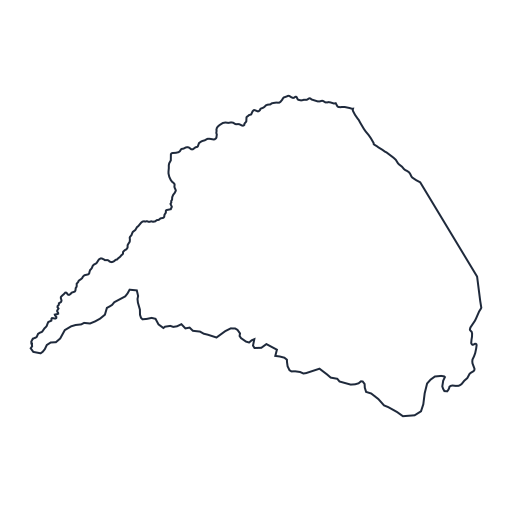 outline of Birao, Vakaga, Central African Republic
{"feature_id": "33826404B56670707739048", "entity_name": "Birao", "entity_type": "district", "adm_level": 2, "iso_a3": "CAF", "parent_name": "Central African Republic", "parent_adm1": "Vakaga", "projection": "mercator", "projection_center": [22.276, 9.995], "detail": "fine", "context": "isolated", "style": "outline", "palette": "slate", "viewbox_px": 512, "rotation_deg": 0, "n_neighbors": 0, "source": "geoboundaries", "source_scale": "gbopen_adm2", "svg_char_len": 6000}
<svg xmlns="http://www.w3.org/2000/svg" viewBox="0 0 512 512"><path d="M447.2,391.3L448.2,390.0L449.0,388.5L449.5,386.7L450.7,385.9L452.5,385.5L455.7,385.9L458.6,385.8L460.1,385.1L461.4,384.2L461.9,383.7L464.3,380.7L467.3,378.1L469.6,373.8L470.8,372.8L473.5,371.2L474.0,370.6L474.4,369.9L474.5,368.8L472.5,363.4L472.3,361.5L472.4,360.4L472.5,359.5L474.0,356.4L475.2,353.1L476.2,348.3L476.6,345.2L476.4,344.3L475.8,343.8L474.9,343.8L473.5,344.6L472.6,344.8L471.9,344.4L471.5,343.7L471.2,343.0L471.5,339.7L472.0,336.7L472.1,333.6L471.7,331.9L470.1,330.2L469.9,329.4L470.4,327.5L474.9,320.8L476.0,318.6L479.1,311.5L480.8,308.8L481.3,307.7L480.2,300.9L477.1,276.6L420.2,182.3L416.2,180.2L412.2,177.5L411.7,176.9L410.9,175.5L410.6,174.7L409.8,173.3L408.8,172.1L406.8,170.8L405.3,170.1L404.0,169.1L402.0,166.7L398.9,164.3L397.9,163.2L395.8,159.8L393.5,157.7L386.5,152.4L385.0,151.7L382.4,149.8L378.3,147.3L377.0,146.3L374.2,144.6L373.7,144.1L373.6,143.0L370.9,138.3L368.6,135.0L365.6,131.4L363.8,128.8L360.2,122.7L358.7,119.9L357.7,118.7L355.0,114.8L353.1,111.2L352.8,110.4L352.8,109.4L353.0,108.7L352.1,108.8L349.5,108.0L344.7,107.0L341.6,107.0L340.7,107.2L338.5,107.0L337.7,106.6L337.2,106.0L335.7,103.2L334.9,103.4L333.9,103.5L330.4,102.4L328.3,102.1L327.5,102.4L325.4,102.4L323.3,101.1L322.4,100.8L321.4,100.9L319.8,101.4L317.7,101.4L311.6,99.5L310.4,98.5L309.5,98.3L308.7,98.6L307.4,99.5L306.6,99.8L303.7,99.8L302.9,100.1L301.1,100.4L299.2,100.0L298.3,99.8L297.7,99.3L296.6,97.1L295.9,96.7L295.2,96.9L293.9,97.8L293.0,97.9L291.4,97.3L289.4,96.0L288.4,95.8L287.6,96.0L286.9,96.4L283.7,97.5L282.7,98.7L282.4,99.5L280.4,101.9L279.1,102.7L276.1,102.6L273.3,103.0L271.6,103.4L270.4,104.4L267.6,104.7L266.0,105.3L264.3,107.0L263.0,107.8L260.7,108.7L260.2,109.3L259.9,110.2L258.7,111.2L257.9,111.4L254.6,110.1L253.7,110.2L252.6,111.3L251.2,114.4L248.8,115.2L248.3,115.8L247.0,116.7L246.5,117.3L246.3,121.3L245.9,122.0L244.8,123.2L244.4,123.9L244.3,124.9L243.7,125.4L242.9,125.7L241.9,125.5L239.7,124.4L238.8,124.1L236.0,124.2L235.2,124.0L233.1,122.7L231.1,122.4L228.4,122.9L225.4,122.5L222.8,123.0L219.5,125.1L217.7,126.7L216.8,128.1L216.4,129.9L216.6,130.8L216.3,132.9L216.8,134.6L216.4,137.6L216.0,138.3L214.7,139.3L213.8,139.5L209.7,138.8L207.7,138.8L206.9,139.1L204.8,140.3L202.3,141.0L200.9,141.7L199.0,143.1L197.8,146.4L197.2,146.9L195.5,147.3L193.0,149.2L192.1,149.4L191.1,149.2L189.2,147.7L188.5,147.4L187.5,147.2L186.6,147.3L185.7,147.5L183.6,148.6L181.8,148.9L181.1,149.3L179.8,151.3L178.5,152.2L175.9,152.8L172.9,153.0L172.1,153.1L171.4,153.5L170.9,154.2L170.8,160.4L169.2,163.3L168.8,165.2L168.8,168.2L168.5,171.5L168.5,173.5L169.3,176.9L170.7,179.9L172.1,181.8L173.3,182.7L174.4,183.9L174.6,184.7L174.4,186.7L174.6,187.6L175.6,189.8L175.8,190.7L174.7,192.9L173.2,194.8L172.2,197.2L172.1,199.3L171.8,200.2L171.3,200.8L171.2,201.6L171.3,202.5L170.5,203.9L171.8,206.8L171.5,207.7L171.0,208.3L170.8,209.2L166.4,210.1L165.9,210.7L165.8,212.7L164.5,214.7L164.2,216.8L163.8,217.4L163.1,217.9L160.5,218.4L158.7,219.9L156.9,220.1L154.9,221.5L153.9,221.5L153.1,221.8L151.3,221.3L149.6,221.8L148.6,221.8L146.9,221.2L145.1,221.6L144.2,221.3L143.3,221.4L142.5,221.6L141.2,222.6L138.2,226.2L137.0,227.1L135.3,230.0L132.8,231.9L132.1,233.4L131.5,235.1L130.0,236.9L129.7,237.7L129.9,239.6L129.7,241.7L129.3,242.4L128.4,243.7L127.6,245.2L127.6,247.3L127.3,248.1L126.3,249.4L124.9,250.1L123.2,251.7L123.0,252.6L123.0,253.6L122.6,254.3L121.3,255.3L120.4,256.5L119.3,257.5L118.6,257.9L116.9,259.6L116.0,259.7L115.3,260.1L114.2,261.1L113.5,261.5L112.2,262.0L111.3,262.1L109.5,261.5L109.0,260.9L107.7,260.1L104.8,260.1L104.2,259.6L101.9,258.5L100.8,258.4L99.4,259.1L98.8,259.6L96.6,263.0L96.0,263.5L93.9,264.6L92.8,265.7L91.8,268.1L90.8,269.4L90.2,269.9L89.6,271.5L89.2,273.3L88.7,274.0L88.1,274.4L84.6,275.2L84.0,275.6L82.9,276.7L82.1,278.2L80.9,279.2L79.0,280.5L78.5,281.1L78.2,282.0L76.7,283.7L76.7,285.7L76.6,286.7L75.7,288.1L75.5,290.1L75.2,291.0L74.7,291.6L71.6,292.7L70.6,293.9L69.3,294.8L68.3,294.8L67.7,294.4L66.8,293.1L66.1,292.6L65.3,292.6L63.7,294.3L62.5,295.3L61.4,296.4L60.9,297.0L60.8,298.0L61.5,300.4L61.3,301.4L60.9,302.1L58.9,303.3L58.9,304.1L58.7,305.0L57.6,306.1L57.5,307.2L58.5,308.5L58.1,309.2L57.2,310.5L57.2,311.5L58.1,312.8L58.2,313.7L57.5,314.1L56.5,314.2L54.8,314.6L55.0,315.3L56.4,317.1L56.2,318.1L55.5,318.5L54.6,318.5L52.7,318.1L51.8,318.2L51.4,319.0L51.5,319.8L51.3,320.7L48.3,322.0L47.6,323.5L46.7,326.0L45.7,327.2L44.5,328.3L42.3,331.5L41.7,332.0L40.1,332.6L38.1,333.8L36.7,336.9L35.4,337.8L34.6,337.9L33.2,338.7L32.8,338.7L31.3,341.6L31.5,342.7L32.0,343.4L32.0,343.7L31.5,343.7L32.0,345.3L32.1,346.3L30.7,348.3L33.3,351.9L40.6,353.3L42.7,351.8L44.8,349.2L46.8,345.0L50.7,342.5L55.9,342.2L60.2,338.5L64.8,330.1L71.2,326.3L75.6,325.0L81.2,324.4L84.1,322.9L90.0,323.5L95.1,321.4L100.0,318.7L104.9,314.7L106.9,307.9L109.7,306.4L112.1,304.9L114.3,302.2L125.2,296.4L127.5,293.5L129.6,289.7L136.8,290.4L138.1,296.0L137.5,299.0L137.9,302.6L139.9,309.6L140.0,314.8L141.0,317.8L142.5,319.3L146.8,318.9L151.6,317.9L155.5,318.8L158.5,324.4L163.4,328.0L165.0,326.7L170.3,325.9L173.3,326.9L177.0,326.3L181.4,324.2L185.4,328.4L189.6,327.6L192.9,330.8L200.0,331.6L203.7,333.7L207.8,334.7L216.5,337.5L225.3,331.1L230.7,328.4L235.2,328.5L237.5,329.9L240.0,333.4L239.6,336.0L241.0,338.1L246.0,341.6L249.1,342.5L251.7,340.3L254.3,339.2L253.0,345.6L254.5,348.0L261.3,347.8L266.4,344.1L276.9,349.7L275.3,355.9L279.8,356.5L284.4,357.7L286.9,359.7L287.0,362.1L287.6,366.3L289.5,370.2L291.4,371.4L295.1,371.3L300.1,372.0L303.4,373.5L306.1,373.1L319.5,368.7L327.0,374.4L330.7,377.6L337.3,378.8L339.5,381.5L350.7,384.6L355.1,384.3L358.6,383.3L361.0,381.3L362.7,381.5L364.6,384.0L364.8,387.7L366.1,391.9L371.2,393.5L378.4,399.1L384.0,405.4L388.2,407.1L397.0,412.0L402.9,416.2L414.6,415.3L421.0,411.3L423.3,404.3L424.7,393.2L427.1,383.5L430.6,379.6L434.9,376.5L441.2,375.9L444.2,376.4L444.9,377.1L443.2,380.7L442.3,386.4L443.1,388.8L444.4,391.1L447.2,391.3Z" fill="none" stroke="#1e293b" stroke-width="2"/></svg>